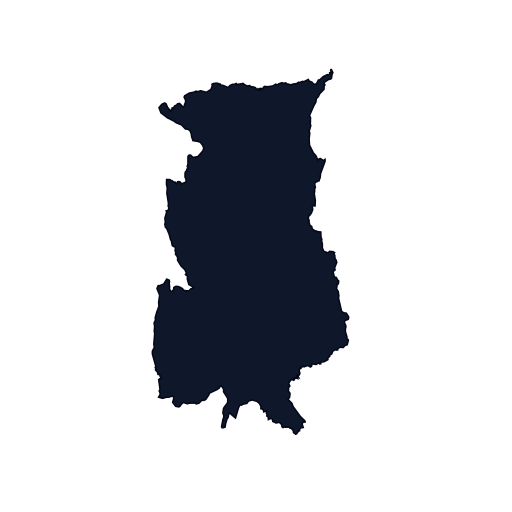 outline of Mawlaik, Sagaing, Myanmar, rotated 334°
{"feature_id": "60261553B47097675193132", "entity_name": "Mawlaik", "entity_type": "district", "adm_level": 2, "iso_a3": "MMR", "parent_name": "Myanmar", "parent_adm1": "Sagaing", "projection": "orthographic", "projection_center": [94.742, 23.948], "detail": "fine", "context": "isolated", "style": "filled", "palette": "ink", "viewbox_px": 512, "rotation_deg": 334, "n_neighbors": 0, "source": "geoboundaries", "source_scale": "gbopen_adm2", "svg_char_len": 6117}
<svg xmlns="http://www.w3.org/2000/svg" viewBox="0 0 512 512"><g transform="rotate(334 256 256)"><path d="M209.2,148.0L206.9,152.3L206.1,155.8L203.3,160.7L200.4,170.2L198.8,172.9L198.9,174.5L196.9,176.5L195.1,176.0L194.8,177.5L190.7,182.0L189.2,186.0L187.9,187.5L187.2,190.5L187.8,192.2L187.4,198.6L186.3,204.1L186.7,204.7L185.3,209.7L186.0,211.3L187.2,212.3L187.1,213.4L185.6,215.7L185.4,217.6L184.4,219.0L185.0,222.6L183.6,225.6L184.3,232.4L186.0,237.0L186.0,240.7L184.4,241.8L185.6,244.0L184.1,246.7L183.1,252.3L185.4,255.5L186.0,257.2L183.1,256.9L180.5,257.9L178.0,256.6L176.1,255.2L175.6,253.0L174.1,250.8L172.4,249.0L170.6,248.1L168.4,248.2L167.1,250.1L165.0,251.0L164.0,250.5L163.8,247.7L165.1,245.4L165.8,242.9L167.1,241.1L167.4,239.6L165.6,237.6L160.8,240.7L156.1,240.3L155.1,239.7L152.7,241.8L152.2,248.9L148.0,255.2L146.8,258.5L142.1,263.0L138.3,267.3L137.5,269.5L135.0,271.5L134.0,274.8L131.5,279.1L130.9,281.3L125.4,290.6L124.6,293.5L121.2,296.0L119.9,298.5L117.5,311.6L116.5,312.0L116.5,313.3L115.7,314.4L116.5,317.3L116.0,319.5L117.4,320.5L117.0,322.4L117.6,323.8L117.0,324.3L115.5,324.1L114.3,324.5L111.2,333.9L109.8,334.8L109.7,337.2L109.0,338.5L106.5,340.2L109.6,343.0L113.4,343.7L116.2,344.8L119.9,345.3L119.9,347.6L116.9,351.0L117.9,355.9L120.4,357.8L121.7,357.8L123.7,356.6L126.4,355.8L129.7,358.9L131.0,358.8L136.4,361.3L137.5,362.8L140.3,363.3L143.9,362.0L145.8,362.9L147.8,363.0L152.9,360.1L153.8,358.9L162.5,359.0L165.2,358.5L167.1,357.1L168.1,358.2L168.4,360.7L168.2,362.2L167.3,363.8L168.1,371.4L167.5,373.1L166.0,375.5L160.7,378.2L159.6,379.2L157.4,382.6L157.1,385.3L156.2,386.9L154.6,388.4L150.2,394.3L150.1,395.4L151.4,396.1L153.2,396.3L155.3,393.3L158.5,389.8L160.2,388.9L162.6,385.6L163.6,386.0L166.5,392.7L174.0,384.5L176.5,382.8L177.5,383.7L179.2,383.5L183.2,384.5L185.6,383.1L189.5,383.8L193.0,387.0L194.5,390.2L194.4,393.6L193.4,395.4L194.5,396.3L195.1,398.0L194.6,399.5L197.7,399.8L196.3,401.9L196.6,403.1L195.5,404.5L196.4,405.7L195.4,408.5L197.6,408.4L199.3,409.6L198.5,412.0L200.7,414.8L202.1,415.3L203.0,415.1L204.5,416.7L205.1,418.8L204.5,420.9L204.8,421.8L205.4,422.2L206.6,422.0L207.3,422.8L210.6,424.2L211.1,425.7L212.1,426.3L212.9,429.1L212.3,431.2L213.5,433.6L214.4,433.7L217.6,432.0L218.6,432.2L219.0,431.1L220.7,430.1L223.3,430.9L223.9,426.9L225.7,426.1L227.4,426.8L227.7,425.6L225.6,419.9L223.4,407.7L223.7,404.0L221.9,398.8L224.1,397.9L225.8,395.5L226.4,394.1L225.9,391.3L226.7,390.5L227.1,389.1L229.5,387.6L229.4,385.1L230.3,384.3L232.6,382.9L233.8,382.7L235.6,384.3L236.8,383.3L235.8,382.8L237.1,382.3L237.7,383.3L238.9,383.6L239.8,384.5L240.1,382.1L241.1,383.7L241.1,381.3L242.4,382.0L244.1,380.7L244.5,378.0L246.2,376.0L246.5,376.7L247.1,376.8L247.4,376.2L249.8,375.7L250.5,376.7L254.4,377.1L256.3,379.7L257.7,379.4L259.1,377.5L262.5,379.9L265.5,379.5L265.9,381.0L266.9,381.3L268.0,379.9L270.7,380.9L275.2,380.7L276.1,378.9L278.2,378.6L278.8,377.4L281.0,377.3L283.4,375.2L286.2,375.0L287.1,375.9L288.4,376.2L288.6,375.3L291.3,374.8L294.2,376.5L297.1,375.4L299.0,375.8L302.0,372.4L302.2,371.5L301.4,370.2L302.3,368.7L303.2,363.3L304.4,360.7L305.8,359.1L306.4,356.7L306.1,355.5L306.8,353.6L308.2,353.1L311.1,353.4L312.2,352.2L312.6,351.1L312.1,346.9L310.0,345.5L308.7,343.4L311.8,329.7L313.0,328.3L314.4,323.8L314.0,321.0L315.9,318.0L315.9,317.1L317.2,317.4L318.3,316.5L319.4,314.6L318.9,313.5L318.7,310.3L317.2,309.3L318.4,303.9L321.1,303.1L321.2,301.8L322.0,300.6L325.8,297.2L326.2,295.0L326.0,292.7L327.1,289.9L327.1,287.8L328.1,287.5L327.1,285.8L324.1,284.0L322.2,284.9L319.0,281.4L319.2,277.9L321.1,273.9L321.5,271.5L322.5,269.8L322.7,267.6L324.8,262.8L322.8,261.6L319.8,258.8L318.5,256.5L319.0,253.7L317.9,252.0L318.7,248.4L319.5,247.0L318.9,245.5L319.9,244.9L320.6,243.0L321.8,243.2L324.6,241.7L327.3,239.2L328.5,235.9L329.8,235.8L330.4,236.6L331.0,236.2L331.2,236.6L333.7,232.1L335.8,225.2L336.8,224.2L338.2,221.4L339.5,220.3L340.0,217.9L341.3,215.8L343.7,216.0L344.3,215.6L345.4,216.2L348.1,213.6L350.2,210.2L359.6,201.2L360.4,199.4L358.6,199.8L356.5,196.5L354.7,196.4L353.7,197.0L353.8,191.9L352.8,188.6L352.7,179.8L355.2,173.9L358.3,169.0L358.5,167.2L362.4,162.9L362.7,161.2L365.7,155.5L365.6,153.3L373.6,146.5L377.2,144.0L379.4,140.9L381.8,140.2L384.2,138.2L390.2,136.0L391.6,133.4L393.0,132.4L392.9,130.0L398.5,129.2L400.8,129.7L401.7,129.4L404.2,125.9L405.5,124.9L405.5,121.7L405.4,121.3L404.9,121.3L404.3,122.1L404.3,123.5L403.5,123.9L402.5,123.6L402.0,124.9L401.0,125.0L399.6,124.2L395.1,124.2L390.1,125.7L389.3,125.1L386.0,127.6L384.4,127.6L383.0,126.5L382.6,124.4L380.5,122.0L380.4,120.2L375.7,120.3L374.3,119.4L371.1,119.1L370.6,118.5L368.0,118.8L364.8,117.7L362.3,117.4L360.3,115.6L359.8,115.7L358.5,113.3L356.6,113.0L355.4,111.6L351.6,111.2L350.1,111.7L349.1,110.2L345.5,110.5L340.3,108.8L338.4,107.4L337.2,107.4L335.3,108.5L333.1,107.1L332.5,107.2L332.8,108.7L331.4,107.9L331.1,106.6L330.5,107.0L329.5,105.9L329.3,104.4L327.1,102.3L325.9,101.8L325.0,100.0L322.8,99.4L321.1,97.4L319.9,95.0L317.8,94.9L317.4,94.3L316.1,94.3L315.3,93.6L313.8,93.6L313.8,92.2L311.9,92.2L310.2,91.4L307.5,91.3L304.8,92.3L301.2,88.2L299.5,87.0L299.2,85.7L298.2,85.9L298.2,84.8L296.4,83.3L293.4,82.3L291.7,82.3L291.3,83.8L288.5,86.5L283.2,87.1L278.6,83.1L275.7,82.8L274.6,81.6L272.0,81.5L267.5,80.3L262.1,80.7L261.0,81.7L261.0,85.1L260.0,87.0L258.1,88.5L257.7,89.4L255.9,90.4L254.2,85.3L252.1,84.8L251.0,85.5L248.6,85.4L247.0,86.6L245.7,86.2L245.7,87.0L244.3,87.0L244.1,87.8L242.7,88.4L241.7,83.4L241.9,79.7L241.0,78.4L238.0,78.3L233.8,80.1L233.3,85.6L236.9,92.9L241.3,98.7L242.8,101.5L246.5,105.5L248.2,110.9L250.4,112.3L251.3,114.0L251.6,115.3L251.3,118.0L250.4,120.6L249.9,124.7L253.9,127.5L255.8,129.4L256.6,133.5L256.2,136.3L254.3,138.2L247.4,141.1L243.2,140.0L242.4,139.3L241.6,136.9L240.9,136.2L239.5,136.0L238.4,136.8L235.1,143.6L233.3,145.5L233.6,146.7L233.1,147.9L231.9,147.6L230.8,149.2L229.7,149.2L228.4,150.6L226.8,153.9L226.6,157.0L225.3,158.8L220.8,158.5L220.4,156.5L219.6,155.5L218.1,154.8L216.2,156.3L215.6,155.8L215.8,154.3L214.2,153.1L213.6,151.5L212.5,150.7L212.2,149.6L209.2,148.0Z" fill="#0f172a" stroke="#020617" stroke-width="1.5"/></g></svg>